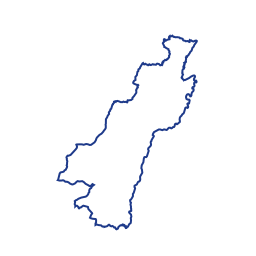 the district of El Zulia, Norte de Santander, Colombia, rotated 15°
{"feature_id": "7082276B69134689190168", "entity_name": "El Zulia", "entity_type": "district", "adm_level": 2, "iso_a3": "COL", "parent_name": "Colombia", "parent_adm1": "Norte de Santander", "projection": "natural_earth1", "projection_center": [-72.603, 8.097], "detail": "fine", "context": "isolated", "style": "outline", "palette": "blue", "viewbox_px": 256, "rotation_deg": 15, "n_neighbors": 0, "source": "geoboundaries", "source_scale": "gbopen_adm2", "svg_char_len": 5875}
<svg xmlns="http://www.w3.org/2000/svg" viewBox="0 0 256 256"><g transform="rotate(15 128 128)"><path d="M153.4,223.4L154.0,220.9L154.3,220.1L155.0,219.5L155.2,218.9L154.8,216.2L154.0,214.3L154.2,212.8L153.3,210.8L151.5,209.8L150.8,209.0L151.0,208.2L152.4,207.5L152.6,207.1L152.2,206.5L152.1,205.4L151.6,204.7L151.2,203.1L150.2,201.2L150.2,199.4L149.4,198.8L148.8,197.6L148.8,196.8L149.4,196.3L150.1,194.0L150.4,192.5L149.8,190.5L150.3,189.1L150.5,184.6L150.3,184.1L149.5,183.3L149.3,182.0L151.1,180.3L151.6,177.7L152.0,177.1L152.8,176.7L153.2,175.6L153.1,174.4L152.5,172.7L152.3,171.6L153.4,167.5L152.2,164.5L151.3,163.4L150.9,160.5L151.7,157.1L151.2,153.4L151.3,152.1L151.7,151.7L153.1,151.4L153.6,150.5L153.9,144.7L152.9,143.3L152.9,142.2L154.3,139.8L154.6,138.9L154.5,137.9L153.6,135.9L153.6,135.2L154.0,134.6L153.9,133.8L154.2,132.4L155.1,129.4L154.8,128.8L153.7,128.4L153.7,127.0L154.2,125.2L158.2,121.4L159.3,121.1L161.7,121.2L163.2,120.0L165.8,119.9L166.3,119.4L166.9,118.0L167.6,117.1L168.7,116.8L169.5,117.1L170.0,117.1L170.6,116.6L171.0,115.7L172.2,115.1L172.5,114.3L172.4,112.6L172.6,111.8L173.3,111.3L174.0,111.7L174.6,111.5L176.5,108.7L176.3,107.8L175.7,106.6L175.4,104.8L175.7,103.5L176.5,102.3L176.9,100.8L177.9,99.5L178.1,98.3L178.2,93.7L178.9,93.0L180.3,93.2L180.7,92.6L180.6,91.7L179.1,89.4L179.5,88.7L180.4,88.7L180.6,88.4L180.4,85.3L179.8,84.8L178.1,85.1L177.0,84.8L176.2,83.6L175.9,82.3L176.3,80.5L177.3,79.7L178.3,79.8L179.9,81.3L180.4,81.2L180.7,80.7L180.8,79.8L180.5,78.9L180.5,77.9L180.7,76.8L181.5,75.5L181.6,74.3L181.2,73.4L179.9,73.2L179.7,72.5L179.9,71.8L181.0,71.1L181.3,70.3L181.2,69.6L180.4,68.4L180.3,67.2L180.8,66.7L182.0,66.4L182.3,65.8L182.1,65.2L181.4,64.6L179.9,65.0L179.3,64.6L179.0,63.5L179.5,61.2L179.2,60.5L178.6,60.1L177.5,60.4L175.8,61.8L174.0,64.0L170.7,66.9L169.8,67.0L169.6,67.3L169.4,67.0L168.4,66.8L167.9,66.4L167.7,65.9L167.4,65.6L166.9,65.7L166.7,65.4L167.3,62.1L166.6,61.6L166.5,61.1L166.1,60.8L166.2,60.0L165.9,59.4L165.7,58.3L165.8,57.2L166.6,56.3L166.2,55.5L166.7,55.5L166.8,54.8L166.3,54.4L166.2,53.0L165.8,53.3L165.9,52.6L166.2,52.1L165.8,51.7L165.9,51.0L165.4,50.5L165.7,50.2L166.3,50.1L166.3,49.5L166.7,49.5L166.9,49.1L166.3,47.7L166.3,46.4L165.7,45.0L166.5,44.4L166.4,44.1L166.7,43.4L166.3,43.3L167.5,42.1L167.7,41.0L168.2,40.0L168.4,38.6L169.4,36.8L169.5,33.9L170.4,32.3L170.5,30.8L171.9,27.2L172.0,26.2L171.4,25.9L170.4,26.2L168.8,27.5L167.1,27.4L166.4,27.0L165.9,27.3L164.9,27.0L164.8,27.7L165.2,28.1L165.0,28.4L165.2,28.9L164.9,29.1L163.9,28.5L163.3,28.7L162.9,28.6L161.3,29.3L160.7,29.0L158.9,29.1L158.3,28.7L157.7,27.7L155.7,27.6L155.1,27.9L154.3,27.3L152.1,27.5L150.3,28.1L149.4,27.9L149.0,28.2L148.1,28.1L147.0,27.3L145.4,28.8L145.1,28.7L144.7,28.2L144.1,29.1L144.2,30.2L145.2,31.2L145.2,31.5L143.2,32.5L141.9,33.9L140.4,32.7L139.8,33.0L139.8,33.7L140.4,34.9L140.5,35.5L139.9,36.2L139.7,37.1L141.9,39.7L142.1,40.4L143.2,40.4L144.2,40.9L146.7,41.4L147.0,42.3L148.2,43.2L148.3,44.6L149.2,45.3L149.3,46.3L148.9,47.6L149.4,48.8L149.3,49.3L148.6,50.5L148.5,51.1L147.7,51.6L147.6,52.4L147.0,52.7L146.2,52.6L145.9,53.4L145.0,54.0L144.5,55.1L145.1,55.4L145.1,55.8L144.2,56.4L144.3,57.1L144.8,57.9L144.6,58.5L143.6,58.5L142.9,59.1L141.3,58.2L139.5,58.3L139.2,58.6L138.6,59.7L137.2,59.8L136.6,60.1L135.5,59.9L133.8,61.3L133.2,61.4L132.3,60.9L131.8,61.2L131.5,62.0L131.2,62.2L130.6,61.9L129.2,61.9L128.3,61.4L127.8,61.6L127.2,62.4L126.2,62.2L125.7,61.4L125.3,61.8L124.0,66.3L124.0,67.4L122.9,68.7L123.2,70.4L122.6,71.2L122.6,71.5L122.9,74.7L121.9,76.8L122.8,79.7L121.7,80.8L121.2,82.5L121.6,83.4L122.7,83.7L125.8,84.1L126.4,83.7L126.9,84.0L126.7,84.7L126.3,84.6L126.4,85.6L127.0,86.4L126.3,87.4L126.3,88.8L126.0,89.3L126.5,90.3L126.9,91.8L125.5,95.8L124.5,97.6L124.8,98.8L123.7,100.2L121.3,101.2L120.5,101.3L120.4,101.8L120.7,103.1L120.5,103.5L119.1,103.3L117.9,103.8L116.7,103.7L116.1,104.4L114.2,104.9L112.4,104.6L110.7,104.6L110.4,104.9L109.5,105.1L109.4,105.9L108.4,105.7L107.7,106.2L108.1,107.1L107.2,108.5L107.4,109.1L106.9,109.7L106.8,113.8L106.1,114.6L106.3,116.0L105.7,117.0L105.5,118.1L106.1,119.3L105.2,121.5L105.1,122.9L104.4,125.2L105.5,129.6L105.5,130.7L105.9,131.4L106.5,133.7L106.2,135.1L105.3,137.0L105.2,137.7L103.9,140.3L102.2,142.1L100.5,145.2L100.2,146.3L100.1,148.3L99.4,150.5L96.7,153.8L95.4,154.3L93.4,154.1L91.7,154.3L89.5,155.7L87.9,155.7L86.2,156.1L82.8,157.1L82.4,157.4L83.6,159.2L83.7,160.4L83.1,162.0L79.5,168.9L77.3,170.4L76.8,170.4L76.2,171.8L76.2,172.5L76.9,173.4L77.1,174.5L78.0,175.8L78.1,177.2L78.5,178.8L78.4,180.0L79.1,180.7L79.2,182.2L78.9,182.9L78.7,184.4L77.7,185.3L77.3,186.6L76.6,187.2L74.3,188.4L73.8,189.6L73.9,196.0L73.7,196.5L75.6,196.5L77.8,195.8L78.7,195.3L79.8,195.4L81.3,196.1L83.2,195.7L84.7,195.9L86.4,196.7L88.7,197.0L89.7,196.5L91.1,195.3L91.9,194.0L92.2,193.3L93.2,192.3L94.7,192.3L97.6,191.2L99.4,191.7L101.5,192.9L105.0,193.7L105.8,194.1L106.7,193.8L107.2,193.3L108.2,191.4L109.8,191.8L108.3,193.7L108.0,195.5L107.1,196.5L106.8,197.1L106.7,198.3L107.2,199.9L106.7,200.9L106.7,202.1L106.1,203.8L105.0,205.2L100.9,207.3L98.4,209.2L97.3,210.6L96.4,211.2L95.5,212.4L96.1,213.3L96.2,215.3L97.2,216.5L97.4,217.4L97.9,216.6L98.8,216.3L100.2,217.0L101.3,218.3L101.6,218.3L102.3,217.2L103.1,216.9L104.5,215.0L105.0,214.6L109.7,214.6L110.7,216.5L115.2,219.4L115.5,219.8L114.9,221.4L114.5,224.5L115.6,224.8L117.5,224.8L120.3,224.3L121.0,225.1L121.6,227.5L121.3,228.5L121.7,230.1L122.5,229.3L124.6,229.4L127.2,229.0L128.7,229.8L131.3,229.2L131.3,229.4L133.3,228.2L134.4,226.5L134.7,226.3L135.2,226.4L136.3,227.2L137.4,227.3L138.2,226.7L139.5,227.0L140.4,227.7L141.4,227.4L142.6,228.7L143.2,228.8L144.3,227.7L144.3,226.5L144.5,225.9L145.9,223.9L146.6,223.9L147.3,223.1L147.7,223.3L148.0,222.5L149.2,222.6L149.0,223.3L149.7,223.3L149.9,223.7L151.1,223.4L151.1,224.5L151.8,225.2L152.3,225.0L152.8,224.0L153.4,223.4Z" fill="none" stroke="#1e3a8a" stroke-width="2"/></g></svg>